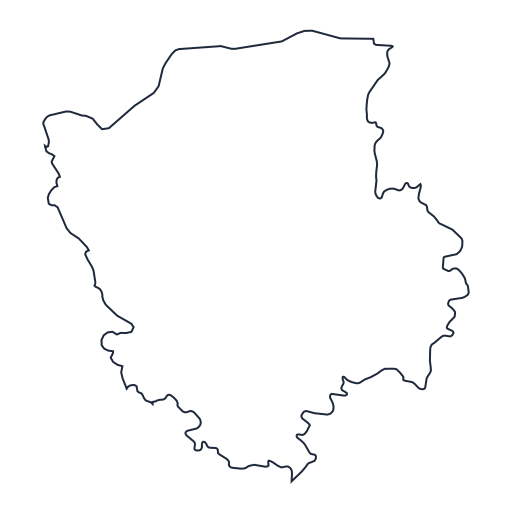 the Region of Volyn
{"feature_id": "UKR-318", "entity_name": "Volyn", "entity_type": "Region", "adm_level": 1, "iso_a3": "UKR", "parent_name": "Ukraine", "parent_adm1": "", "projection": "albers", "projection_center": [25.131, 51.122], "detail": "fine", "context": "isolated", "style": "outline", "palette": "slate", "viewbox_px": 512, "rotation_deg": 0, "n_neighbors": 0, "source": "natural_earth", "source_scale": "10m", "svg_char_len": 6035}
<svg xmlns="http://www.w3.org/2000/svg" viewBox="0 0 512 512"><path d="M312.1,30.7L340.4,38.4L373.3,38.8L374.0,43.6L376.1,44.9L391.4,45.8L392.3,46.1L392.7,46.5L392.1,47.2L389.0,49.2L387.8,50.5L387.4,51.6L387.2,52.9L387.2,54.8L387.5,56.8L389.4,62.8L389.5,63.8L388.7,66.6L387.0,70.0L384.9,73.3L383.7,74.6L377.8,79.9L369.6,91.8L368.2,94.5L367.3,98.9L366.7,104.5L366.4,109.2L366.9,114.5L366.9,118.0L367.3,120.0L367.7,120.8L368.2,121.6L369.7,122.5L371.9,122.9L375.5,122.3L376.0,122.9L376.6,125.8L377.1,126.5L377.9,127.0L380.9,127.9L381.7,128.4L382.3,129.0L383.2,130.6L383.2,131.9L382.7,133.6L381.4,136.5L380.5,137.9L377.5,140.5L376.3,141.8L375.3,143.4L374.9,144.5L374.6,146.0L374.4,150.3L374.5,151.6L374.9,153.9L376.8,161.3L377.1,164.5L376.9,166.9L376.3,171.5L376.1,175.1L376.1,177.3L376.5,180.5L375.2,191.7L375.6,194.0L376.8,196.4L377.9,197.7L378.6,198.2L380.2,198.5L381.0,198.1L381.6,197.5L382.0,196.7L382.9,193.7L383.8,192.0L384.4,191.3L386.7,189.9L388.4,189.2L390.3,188.7L392.5,188.6L394.7,188.9L398.3,190.3L400.2,190.3L401.8,189.5L403.0,188.2L405.1,184.0L405.8,183.3L406.6,183.0L407.4,183.1L408.0,183.6L408.6,185.4L409.6,186.9L411.3,187.8L412.4,188.0L414.6,188.0L416.4,187.4L420.4,184.1L420.8,185.0L420.7,187.3L419.1,193.4L418.6,196.3L418.4,198.4L418.7,199.3L419.4,200.9L420.6,202.3L426.1,205.1L426.8,206.3L427.4,210.3L427.8,211.2L428.9,212.5L433.9,216.4L437.2,220.5L438.1,222.0L439.3,223.3L452.4,229.6L461.3,238.2L461.8,239.0L462.4,240.8L462.3,244.9L462.1,246.6L461.4,248.5L459.9,251.3L456.6,254.2L444.5,256.8L443.7,257.4L443.5,259.1L442.9,266.7L442.9,268.1L443.4,268.8L448.5,271.1L450.2,270.7L452.5,268.9L454.2,268.5L456.1,268.4L457.7,269.1L459.1,270.3L462.0,273.6L464.8,278.2L465.3,280.0L465.9,283.1L467.5,285.2L468.0,286.9L468.7,292.3L468.4,293.5L467.7,294.8L465.4,296.5L462.6,297.8L450.4,299.7L449.5,300.3L448.8,301.4L448.1,303.4L448.2,304.6L448.6,305.5L452.0,308.2L454.4,310.9L454.8,311.6L455.1,312.5L455.0,313.6L454.8,315.8L454.5,316.9L449.5,322.0L447.4,325.4L446.8,327.2L447.0,328.3L447.8,328.8L451.9,330.7L452.9,331.5L453.3,332.0L453.5,332.7L453.3,333.4L452.3,335.1L450.8,336.3L449.2,336.3L444.9,335.6L443.0,335.9L441.6,336.7L434.0,343.1L432.3,344.1L431.5,345.1L430.5,347.1L430.2,349.2L429.9,360.7L430.8,368.0L430.9,370.1L430.7,371.2L430.4,372.1L429.2,374.2L428.2,375.6L427.0,377.6L426.6,378.6L425.2,387.7L424.5,388.6L423.6,389.1L421.8,389.2L419.5,388.6L418.1,387.5L414.5,383.7L412.2,382.1L404.4,380.6L403.6,380.2L403.2,379.5L403.4,377.8L403.3,376.9L402.9,376.2L399.5,372.1L396.9,369.6L396.0,369.1L393.8,368.7L384.7,368.8L381.2,370.7L377.5,373.5L370.9,377.1L365.0,379.4L359.8,382.7L358.2,383.2L356.7,383.3L352.4,382.3L348.8,380.9L346.6,379.4L344.1,376.9L343.4,376.7L342.8,376.9L342.6,378.3L342.7,379.3L343.7,382.1L343.5,383.1L343.0,384.5L341.8,386.4L341.4,388.3L341.6,389.4L342.2,390.2L346.2,392.6L346.9,393.2L347.0,394.1L346.6,394.9L345.2,395.6L344.1,395.6L331.7,393.9L330.8,394.4L330.2,395.3L330.0,397.0L330.3,398.1L332.4,402.2L333.0,404.0L333.5,405.9L333.5,408.1L333.4,409.3L333.0,410.6L332.1,412.0L330.3,413.7L327.5,414.6L314.4,413.2L306.3,411.0L304.5,411.4L303.6,412.1L301.9,414.5L301.4,415.6L301.4,416.6L302.0,418.0L302.7,418.8L307.8,422.7L309.5,424.6L309.8,425.3L306.9,431.0L305.6,432.8L304.4,434.1L302.7,434.9L301.7,434.9L298.5,434.4L297.5,434.5L296.8,435.0L296.6,435.8L296.9,437.0L297.5,437.8L301.1,440.6L303.7,443.0L305.3,445.2L309.7,452.9L311.2,454.0L314.3,454.6L315.2,455.0L315.7,455.7L315.9,456.6L315.9,457.9L315.5,459.3L314.5,460.9L312.1,461.9L309.0,463.0L307.6,464.1L305.6,467.0L301.9,471.4L291.6,481.3L292.0,473.5L291.7,470.5L290.7,468.6L289.9,467.7L288.2,466.6L286.5,466.4L281.3,467.4L277.7,465.7L272.8,462.3L270.4,461.1L268.8,460.7L268.3,461.5L268.2,462.4L268.5,465.6L267.4,466.4L265.2,466.7L254.3,464.8L250.3,465.6L248.5,466.2L245.4,468.1L243.7,468.5L241.1,468.7L232.6,467.8L230.7,467.3L229.4,466.1L229.0,465.3L228.9,464.3L229.1,462.1L228.2,460.5L226.5,458.8L219.3,454.3L218.0,453.1L217.8,449.9L217.2,448.7L216.3,448.2L215.2,448.0L209.7,447.7L208.4,447.2L207.5,446.5L206.1,443.6L205.0,442.3L204.0,441.8L203.1,441.8L202.4,442.4L202.1,443.3L201.9,444.3L201.9,447.5L201.1,449.3L200.2,450.0L199.0,450.4L196.5,450.5L195.3,450.0L194.6,449.3L194.4,448.4L195.0,444.2L194.6,442.4L193.7,441.4L186.5,435.4L185.6,433.9L185.4,433.1L185.7,432.3L186.2,431.6L187.7,430.7L196.3,428.6L197.9,427.7L199.1,426.5L200.2,425.0L200.7,423.0L200.7,422.0L200.3,420.0L199.4,418.4L194.3,412.6L192.6,411.5L190.8,411.0L189.8,411.1L186.8,412.2L184.9,412.3L182.8,411.5L177.9,406.5L177.5,405.7L177.5,404.7L177.7,403.8L177.4,402.4L176.6,400.6L173.5,397.3L171.4,395.7L169.9,394.9L168.4,394.8L167.7,395.1L166.5,396.3L165.6,397.9L165.0,398.6L163.4,399.5L159.3,399.9L157.3,400.4L155.6,401.4L152.6,401.9L152.6,404.0L150.7,402.2L147.5,401.2L145.5,400.2L144.0,398.1L142.9,395.6L141.5,393.4L139.1,392.5L137.5,391.3L136.5,386.2L134.4,385.0L132.0,385.1L129.8,385.6L128.0,386.8L126.7,388.7L122.5,378.1L121.2,372.3L122.4,366.2L117.7,364.9L113.1,361.9L110.7,357.7L113.0,353.0L113.1,351.3L108.3,350.6L104.2,348.7L101.7,345.2L101.5,340.0L103.7,335.3L107.7,332.4L112.4,331.8L116.9,334.5L120.5,332.9L126.2,333.0L131.4,331.9L133.6,327.2L131.4,323.8L117.2,315.7L105.8,304.8L103.3,300.4L102.4,296.9L102.3,294.4L101.8,292.2L100.0,289.2L97.9,287.8L95.7,286.8L94.5,285.7L95.3,283.6L95.3,281.9L93.5,270.5L92.0,266.8L87.7,259.7L85.2,254.3L85.9,251.8L88.8,250.4L86.9,247.1L78.9,238.6L70.4,233.0L66.6,228.2L57.6,207.3L54.7,205.3L51.4,205.2L48.8,203.8L47.8,197.9L48.8,194.3L51.2,190.4L54.3,187.2L57.4,186.1L56.4,182.4L56.7,179.6L57.9,177.7L59.9,176.8L58.6,173.5L51.9,163.2L51.7,161.5L54.4,156.1L52.1,154.4L49.0,153.2L46.4,151.3L45.3,147.4L45.0,145.8L46.6,147.0L48.1,146.2L48.9,142.1L48.6,139.4L44.2,126.2L43.3,124.1L43.5,121.9L45.7,118.3L47.4,116.6L49.5,115.4L66.0,111.5L70.0,111.6L81.9,115.5L86.1,115.9L92.7,118.7L97.4,124.6L102.1,129.2L108.9,128.2L134.5,105.8L153.8,92.9L158.6,86.2L162.8,68.5L165.5,63.2L171.7,54.1L175.4,50.4L178.9,49.1L220.8,46.1L231.1,48.7L234.6,48.9L281.8,41.4L296.9,33.4L304.5,30.9L312.1,30.7Z" fill="none" stroke="#1e293b" stroke-width="2"/></svg>